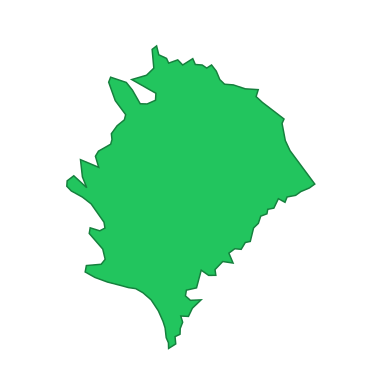 the district of Esperança do Sul, Rio Grande do Sul, Brazil, rotated 260°
{"feature_id": "56859067B78781577060325", "entity_name": "Esperança do Sul", "entity_type": "district", "adm_level": 2, "iso_a3": "BRA", "parent_name": "Brazil", "parent_adm1": "Rio Grande do Sul", "projection": "robinson", "projection_center": [-54.015, -27.331], "detail": "fine", "context": "isolated", "style": "filled", "palette": "green", "viewbox_px": 384, "rotation_deg": 260, "n_neighbors": 0, "source": "geoboundaries", "source_scale": "gbopen_adm2", "svg_char_len": 1511}
<svg xmlns="http://www.w3.org/2000/svg" viewBox="0 0 384 384"><g transform="rotate(260 192 192)"><path d="M131.8,72.9L124.7,81.6L118.0,93.1L111.9,106.5L108.9,112.8L106.6,119.8L101.3,126.2L92.9,133.0L80.9,138.2L69.6,141.0L62.8,141.9L53.0,141.3L47.6,142.6L42.0,141.8L45.2,149.6L52.5,150.2L54.0,155.5L59.6,156.7L65.4,160.2L71.8,159.4L70.1,166.9L77.5,172.2L84.2,182.2L85.6,171.6L90.8,167.5L96.3,169.4L96.8,179.8L113.4,187.5L107.0,193.9L105.8,201.0L111.6,201.2L118.2,210.2L114.9,220.1L125.4,217.7L128.7,224.3L127.0,230.5L133.0,235.7L133.2,240.8L145.9,246.4L149.6,251.9L156.3,255.5L157.5,262.0L161.8,263.6L161.9,269.8L170.4,275.9L165.7,281.8L170.6,284.8L170.7,293.5L173.5,299.2L175.6,308.3L178.5,314.3L215.7,295.7L226.5,292.8L243.9,292.6L247.9,295.3L268.1,276.8L274.8,271.7L281.3,275.0L284.4,262.2L290.3,251.3L292.5,242.8L297.9,238.9L306.8,236.9L313.7,233.3L311.5,228.0L315.3,224.1L317.0,217.4L323.2,215.9L318.7,204.9L324.6,200.9L323.0,191.4L328.0,190.1L332.9,183.1L342.0,182.5L339.4,177.5L320.6,175.9L314.9,167.5L313.2,152.2L295.5,173.6L288.7,172.0L286.5,163.1L287.9,156.3L302.7,151.0L311.3,146.3L319.2,131.8L314.6,129.0L295.3,132.3L279.7,140.1L274.8,137.9L270.3,129.8L263.4,122.7L257.5,122.3L253.2,120.2L248.5,107.0L244.0,103.1L232.5,104.4L243.2,87.8L225.9,86.7L214.5,89.1L228.5,78.4L224.7,71.0L219.4,69.7L214.0,73.3L206.0,83.2L197.8,90.6L177.5,100.1L171.6,100.0L169.8,94.4L174.4,85.5L169.0,83.6L151.3,94.2L140.8,94.8L136.6,90.0L137.9,75.2L131.8,72.9Z" fill="#22c55e" stroke="#15803d" stroke-width="1.5"/></g></svg>